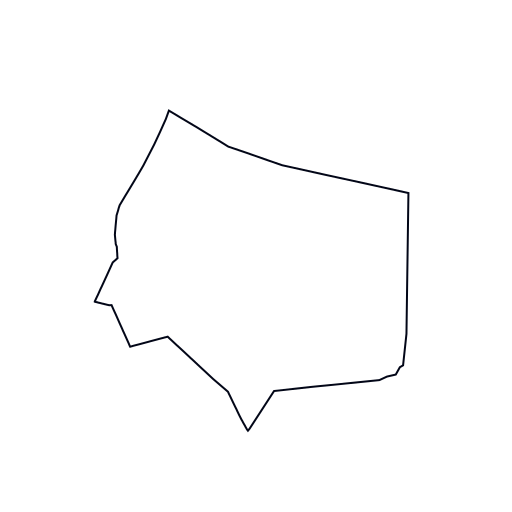 the district of Kebkabiya, North Darfur, Sudan, rotated 63°
{"feature_id": "16777658B23897511285986", "entity_name": "Kebkabiya", "entity_type": "district", "adm_level": 2, "iso_a3": "SDN", "parent_name": "Sudan", "parent_adm1": "North Darfur", "projection": "robinson", "projection_center": [24.187, 13.614], "detail": "fine", "context": "isolated", "style": "outline", "palette": "ink", "viewbox_px": 512, "rotation_deg": 63, "n_neighbors": 0, "source": "geoboundaries", "source_scale": "gbopen_adm2", "svg_char_len": 2993}
<svg xmlns="http://www.w3.org/2000/svg" viewBox="0 0 512 512"><g transform="rotate(63 256 256)"><path d="M420.2,174.6L393.7,157.3L269.1,91.6L243.4,122.8L215.1,157.4L187.0,191.5L176.3,201.8L162.8,214.7L161.7,215.7L158.0,219.3L146.0,231.0L144.2,232.1L142.0,233.4L122.1,245.6L116.2,249.2L113.9,250.6L113.6,250.8L111.6,252.1L98.6,260.3L86.9,267.6L93.0,274.1L101.2,284.3L101.7,284.9L110.5,296.2L124.3,315.4L129.9,324.1L130.5,325.1L132.6,328.4L137.1,335.6L140.9,341.7L142.6,344.5L148.9,354.5L149.0,354.6L149.2,354.8L149.3,354.9L149.5,355.0L149.9,355.5L150.0,355.6L151.1,356.7L152.7,358.1L156.0,361.3L156.5,361.8L159.1,363.4L163.5,366.2L164.6,366.9L167.5,368.7L168.8,369.5L171.3,371.1L172.1,371.5L172.4,371.8L172.6,371.9L172.8,372.0L173.3,372.2L173.5,372.3L179.3,374.6L179.7,374.7L180.2,374.9L181.0,375.3L181.6,375.5L181.9,375.6L182.0,375.6L182.4,375.6L182.8,375.7L183.3,375.7L184.3,375.8L184.5,375.8L184.8,375.9L184.9,376.0L185.2,376.1L185.4,376.2L185.7,376.3L186.5,376.7L186.9,376.9L187.5,377.1L187.8,377.2L187.9,377.3L188.1,377.4L188.8,377.7L190.0,378.2L190.3,378.3L191.8,379.0L192.9,379.5L194.9,380.3L195.1,380.4L196.7,386.6L205.4,397.5L213.6,407.9L214.4,409.0L219.0,414.7L219.8,415.8L221.5,418.0L222.3,419.0L222.7,419.5L222.9,419.7L222.9,419.8L223.0,419.9L223.1,420.1L223.3,420.3L223.5,420.4L223.8,420.1L224.1,419.8L224.1,419.7L224.3,419.5L224.4,419.4L224.6,419.2L225.0,418.7L225.2,418.4L225.3,418.4L225.5,418.2L225.7,417.9L226.2,417.4L226.3,417.2L226.6,416.9L226.8,416.6L228.5,414.7L228.8,414.4L229.1,413.9L229.6,413.4L229.9,413.0L230.1,412.9L230.2,412.7L230.7,412.1L230.8,412.0L230.9,411.9L231.3,411.4L231.6,411.1L232.9,409.5L233.0,409.4L233.2,409.2L234.2,407.0L237.5,407.2L239.5,407.3L242.1,407.4L244.9,407.5L253.5,408.0L260.1,408.3L262.8,408.5L263.1,408.5L263.8,408.5L276.2,409.1L277.4,409.2L278.7,409.3L279.0,409.3L279.3,409.3L279.7,409.3L279.8,408.7L279.9,408.2L280.1,407.5L280.1,407.1L280.5,405.2L281.6,400.3L283.7,390.4L283.9,389.3L286.5,377.2L286.7,376.4L287.2,373.9L287.3,373.7L287.6,372.3L287.7,371.7L287.8,371.3L288.1,371.2L288.7,371.0L288.9,370.9L290.5,370.4L291.2,370.1L299.8,367.0L300.3,366.8L300.4,366.7L301.3,366.4L306.4,364.5L309.4,363.4L312.2,362.4L316.0,361.0L317.0,360.7L318.7,360.0L322.8,358.5L323.5,358.3L323.9,358.1L324.8,357.8L325.5,357.5L326.0,357.4L327.5,356.8L327.8,356.7L329.0,356.3L329.5,356.1L330.3,355.8L331.7,355.3L334.1,354.4L346.2,350.0L364.2,342.6L364.9,342.6L366.3,342.7L368.5,342.7L376.1,342.9L381.0,343.0L383.8,343.0L385.5,343.1L385.8,343.1L390.2,343.2L391.1,343.2L391.9,343.2L392.1,343.2L392.7,343.2L393.3,343.2L395.4,343.2L395.7,343.2L396.2,343.1L397.2,343.1L397.8,343.1L398.6,343.1L400.5,343.0L400.9,343.0L401.8,342.9L402.0,342.9L402.4,342.9L402.5,342.9L403.2,342.9L403.3,342.9L403.9,342.9L405.2,342.8L405.6,342.8L405.9,342.8L406.1,342.8L406.3,342.8L408.0,342.5L407.0,340.2L384.5,301.2L397.7,266.3L400.0,260.4L403.2,252.3L422.4,202.9L422.6,202.3L422.9,194.0L425.1,185.3L420.4,178.3L420.2,174.6Z" fill="none" stroke="#020617" stroke-width="2"/></g></svg>